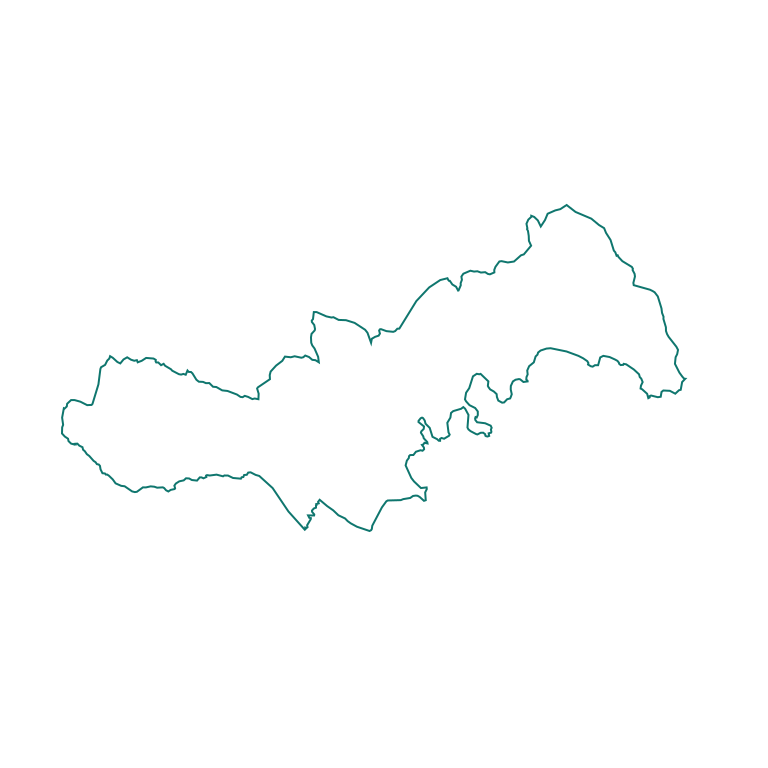 Magu, Mwanza, United Republic of Tanzania, rotated 136°
{"feature_id": "72390352B80484439449184", "entity_name": "Magu", "entity_type": "district", "adm_level": 2, "iso_a3": "TZA", "parent_name": "United Republic of Tanzania", "parent_adm1": "Mwanza", "projection": "equal_earth", "projection_center": [33.405, -2.609], "detail": "fine", "context": "isolated", "style": "outline", "palette": "teal", "viewbox_px": 768, "rotation_deg": 136, "n_neighbors": 0, "source": "geoboundaries", "source_scale": "gbopen_adm2", "svg_char_len": 6166}
<svg xmlns="http://www.w3.org/2000/svg" viewBox="0 0 768 768"><g transform="rotate(136 384 384)"><path d="M117.4,343.2L118.9,349.0L120.0,358.9L126.7,374.7L128.3,385.9L135.7,387.3L140.2,389.9L148.0,392.8L154.3,390.1L161.8,388.4L159.7,394.8L159.9,399.8L161.2,402.7L162.0,401.9L166.0,402.0L170.2,400.3L172.7,396.4L173.5,396.1L174.1,394.1L177.0,390.0L180.3,386.3L182.1,381.3L193.4,380.1L196.0,381.4L205.4,381.8L210.5,385.4L214.1,390.7L215.9,392.0L222.3,390.9L225.4,389.5L227.1,387.6L231.6,389.3L232.8,391.0L233.5,394.1L236.9,396.9L238.5,400.2L241.1,402.3L243.2,405.5L250.3,408.2L253.7,407.5L255.6,404.8L258.8,403.3L260.2,401.7L265.4,399.5L265.8,399.7L264.6,403.9L265.7,408.1L265.0,412.4L265.5,412.8L265.5,414.2L264.9,416.0L271.3,419.7L284.4,422.1L303.1,421.2L334.5,413.2L336.0,414.5L339.2,414.3L341.1,415.1L345.5,420.3L348.1,425.6L349.1,426.2L350.4,425.8L351.9,423.1L354.3,422.5L357.6,424.1L361.3,425.0L364.7,422.6L360.3,432.3L359.9,436.1L362.7,448.4L367.0,456.3L372.1,461.6L374.0,467.2L375.6,468.3L378.5,472.7L382.5,482.5L384.5,484.5L390.0,480.0L391.9,479.8L392.8,478.7L393.2,474.9L395.4,471.5L396.6,470.7L401.3,470.4L404.1,468.3L407.7,464.2L408.8,461.6L409.3,457.8L412.5,449.3L415.8,444.9L416.8,448.8L418.8,451.2L419.2,455.5L420.9,459.2L423.4,459.3L425.2,460.3L429.0,466.0L432.5,468.0L436.2,472.5L441.1,471.3L448.8,472.2L456.9,471.7L460.0,469.8L462.7,466.7L477.1,469.2L478.4,468.9L480.9,464.1L484.9,460.3L487.1,463.4L489.2,464.6L490.7,469.1L492.4,472.2L494.8,472.7L496.2,474.4L497.1,478.6L501.4,487.7L504.8,491.8L506.7,498.3L508.9,500.8L509.0,506.0L511.5,508.3L512.7,511.2L515.6,514.3L516.0,517.4L514.4,524.7L514.5,526.7L516.1,528.4L516.0,530.2L520.2,528.4L521.3,530.6L523.4,531.7L524.7,533.5L527.1,540.7L527.0,542.6L528.8,549.2L528.5,551.6L531.3,552.4L531.4,556.3L532.9,557.7L532.6,558.9L531.4,559.9L532.1,562.4L537.0,568.0L542.2,569.0L546.1,570.7L545.2,572.8L547.5,574.2L549.1,577.2L550.2,581.6L554.3,582.6L559.4,582.0L560.5,585.0L560.9,591.3L561.7,594.3L563.9,593.1L566.8,593.1L571.3,591.5L575.9,592.6L577.6,591.8L589.7,582.1L607.5,572.2L608.9,572.1L612.2,575.0L614.7,582.2L617.7,587.3L620.2,589.8L625.6,589.9L627.8,588.2L631.0,588.2L631.2,588.9L638.9,583.4L643.2,577.5L645.6,576.4L650.0,572.1L650.1,567.9L649.3,564.1L650.6,562.1L650.5,558.5L648.8,555.6L648.5,555.9L647.8,554.9L647.5,555.4L646.0,554.1L646.0,551.3L644.8,548.0L646.1,545.8L645.9,543.4L646.5,539.9L646.0,537.0L646.3,530.4L645.8,528.1L646.2,525.8L645.1,524.2L645.2,522.4L647.2,519.5L648.5,515.4L646.9,513.5L647.0,512.0L646.1,511.3L645.6,509.3L645.4,503.8L646.1,499.0L643.8,493.3L641.6,490.6L639.8,481.7L638.3,479.3L636.6,478.1L629.2,477.1L627.1,475.0L623.0,472.5L620.6,469.7L619.2,467.0L614.9,463.3L614.4,461.8L614.6,459.0L613.8,456.5L611.0,456.0L607.6,453.9L606.7,454.1L605.4,456.5L602.9,457.0L598.9,456.2L595.0,453.8L591.9,453.7L589.8,451.4L588.9,448.4L585.6,444.4L581.4,444.8L580.1,443.5L579.4,441.6L576.4,440.5L575.6,441.7L574.6,441.4L572.9,439.2L567.4,435.1L563.9,429.4L562.4,429.1L559.8,426.5L557.9,421.3L552.7,415.3L551.2,415.8L549.8,414.8L547.8,415.7L545.8,414.0L543.2,414.6L541.3,413.1L539.5,407.8L537.6,404.5L536.4,386.5L541.3,358.7L542.2,334.2L541.0,334.2L540.3,335.3L539.6,334.2L538.5,334.1L537.4,335.8L530.7,337.6L529.8,338.3L530.7,339.6L529.9,342.2L525.6,338.0L524.8,338.6L524.5,342.1L523.7,343.0L521.0,343.2L518.8,342.3L517.4,343.8L516.8,343.7L516.3,344.7L513.9,343.5L513.3,345.0L510.7,345.4L509.7,335.7L508.3,328.4L508.0,321.3L505.4,314.3L505.4,310.6L504.7,306.8L502.6,300.1L496.5,288.3L494.8,287.8L493.4,288.2L490.9,290.2L471.2,296.7L463.8,298.0L462.2,297.6L452.6,288.8L450.1,287.8L444.3,283.8L440.9,283.3L438.7,281.7L437.5,280.3L436.8,278.0L436.4,272.2L434.7,271.4L429.7,277.4L426.2,278.7L425.2,280.0L429.7,283.5L430.1,293.1L429.6,297.5L425.0,310.4L420.8,313.0L417.6,313.5L416.1,314.7L414.5,314.7L412.2,312.5L408.1,313.1L403.8,311.0L402.6,309.2L400.5,309.2L399.4,310.6L399.0,313.8L397.7,313.2L395.7,313.6L394.0,311.0L393.2,312.2L393.1,317.4L392.1,319.1L391.3,323.3L390.2,324.0L386.6,324.1L384.7,325.7L385.6,332.7L384.7,333.5L381.4,333.9L380.0,333.4L379.6,332.3L380.1,329.4L381.7,326.6L381.6,320.7L385.8,312.3L384.1,307.4L384.0,305.1L383.1,304.2L381.7,305.6L380.1,305.2L378.8,302.9L373.2,301.6L371.9,302.0L371.2,304.4L365.4,312.1L359.6,313.7L355.9,316.6L353.0,316.4L345.7,312.6L343.0,312.3L342.8,309.9L344.7,303.1L354.2,294.7L354.8,292.7L354.5,290.0L352.5,283.9L351.8,282.8L348.4,281.8L346.5,280.1L346.1,277.6L347.0,276.4L346.8,275.5L346.0,274.3L344.4,273.6L343.0,275.8L340.7,274.6L339.9,275.1L338.7,277.0L337.0,277.7L336.2,279.9L338.5,285.5L343.6,291.8L343.3,294.7L342.3,296.0L341.1,296.6L340.6,295.5L338.1,296.5L335.6,299.1L335.1,303.4L337.2,309.4L337.0,314.6L336.4,316.7L331.0,320.7L325.6,321.8L314.7,327.7L310.2,326.9L308.7,324.8L307.5,324.2L307.1,313.4L310.6,310.5L311.0,309.3L311.4,306.4L310.2,302.3L310.0,298.5L311.8,296.2L313.3,292.7L312.0,288.5L310.4,287.3L306.0,287.5L303.3,286.0L302.0,286.5L299.2,287.9L296.6,292.1L294.1,294.5L289.5,296.3L286.4,295.7L283.5,293.8L282.8,292.7L282.3,288.6L278.9,286.1L278.5,286.6L278.5,288.4L276.7,290.0L274.0,291.1L271.6,294.2L267.2,296.0L261.2,295.5L255.8,298.5L253.2,298.5L251.3,299.6L248.1,299.3L242.5,296.6L239.3,294.0L230.1,280.6L224.6,269.2L222.9,264.2L221.9,259.2L222.4,257.1L223.7,256.3L222.9,253.1L221.8,251.5L219.2,251.0L216.9,248.8L210.0,252.9L206.7,251.9L203.0,246.7L200.8,241.1L200.0,238.5L200.2,236.2L200.8,235.2L200.6,233.2L198.6,231.6L197.6,232.0L196.1,229.9L194.2,220.9L193.8,213.8L195.2,211.3L195.2,209.2L196.6,205.7L200.3,204.3L202.6,202.5L202.0,201.0L201.5,194.2L203.7,190.2L202.2,189.8L201.3,190.7L199.9,190.2L196.2,184.3L193.8,182.6L189.9,185.5L187.6,185.3L183.1,180.5L181.2,174.7L176.1,174.6L174.6,173.7L168.2,178.3L163.7,178.5L164.4,179.3L164.3,182.0L163.6,187.0L160.7,196.4L155.6,200.7L152.4,201.8L148.8,204.3L147.8,207.7L146.5,220.2L145.7,223.3L144.3,226.3L141.8,229.0L137.8,236.7L136.2,238.2L134.6,242.0L131.9,245.6L126.2,256.8L125.6,262.0L126.2,264.3L127.2,267.1L135.7,281.6L134.4,283.5L128.8,287.0L127.2,289.2L126.0,293.3L124.9,294.0L124.4,296.0L127.2,306.8L127.1,312.4L126.5,314.3L127.6,314.7L126.1,318.1L126.0,320.3L121.0,330.2L119.3,338.5L117.4,343.2Z" fill="none" stroke="#0f766e" stroke-width="2"/></g></svg>